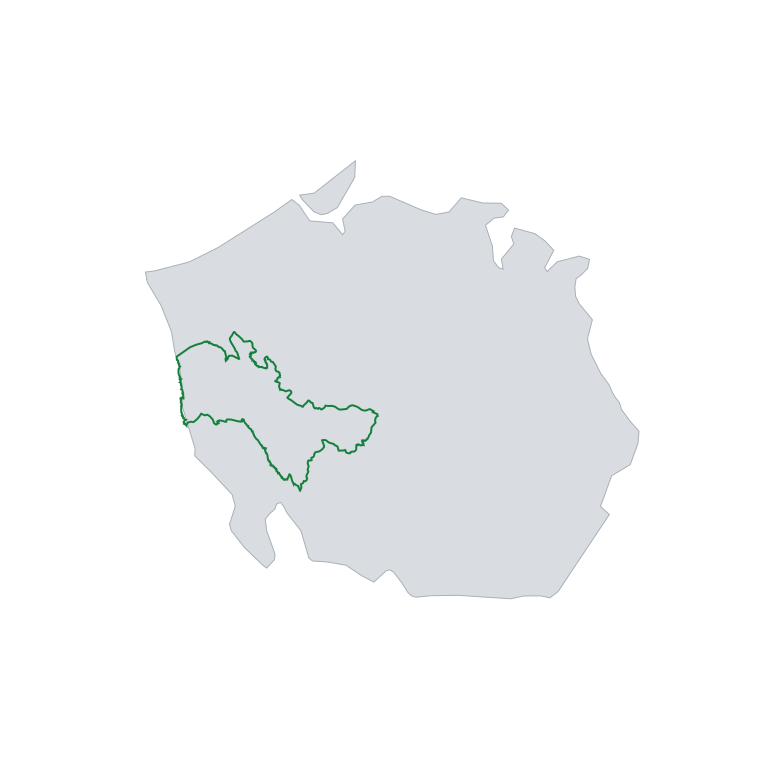 location of Kenema, Eastern, Sierra Leone, rotated 124°
{"feature_id": "65957751B6503620183485", "entity_name": "Kenema", "entity_type": "district", "adm_level": 2, "iso_a3": "SLE", "parent_name": "Sierra Leone", "parent_adm1": "Eastern", "projection": "natural_earth1", "projection_center": [-11.159, 7.947], "detail": "fine", "context": "in_parent", "style": "outline", "palette": "green", "viewbox_px": 768, "rotation_deg": 124, "n_neighbors": 0, "source": "geoboundaries", "source_scale": "gbopen_adm2", "svg_char_len": 7741}
<svg xmlns="http://www.w3.org/2000/svg" viewBox="0 0 768 768"><g transform="rotate(124 384 384)"><path d="M602.2,378.4L601.9,383.6L597.7,407.8L591.1,428.5L586.8,433.6L568.4,439.0L560.5,448.2L553.8,477.6L549.4,500.7L543.1,504.6L516.0,538.0L498.2,550.6L485.9,561.5L474.1,575.7L459.4,589.5L443.6,612.7L432.2,636.9L424.6,644.4L418.7,637.6L391.7,613.7L363.3,597.7L302.7,571.1L282.6,563.6L283.3,554.1L290.3,536.8L279.0,516.5L283.4,501.7L279.0,501.7L270.3,510.6L251.8,508.0L239.6,495.4L229.6,490.7L225.2,484.3L218.9,450.8L214.3,435.7L205.0,426.3L186.4,424.0L178.8,403.5L168.5,387.7L170.2,378.0L178.6,378.5L185.2,385.6L195.7,388.6L208.9,371.4L220.7,362.1L223.5,354.0L222.1,349.5L214.9,356.5L195.3,354.7L190.5,360.9L181.7,362.9L175.0,342.9L175.3,331.0L178.2,318.0L197.9,315.8L199.5,311.6L185.9,308.8L168.8,293.7L165.8,283.3L174.3,279.8L182.4,281.3L189.4,283.6L197.0,279.9L204.2,274.1L208.4,266.8L214.2,247.2L232.8,240.6L243.7,228.6L254.1,210.0L258.8,196.9L263.1,190.3L265.8,184.7L267.8,178.5L272.4,172.7L277.3,158.9L280.6,146.2L291.3,140.2L313.1,134.8L332.7,144.0L364.5,136.0L366.2,124.2L395.3,124.0L429.8,123.8L458.6,123.6L468.4,126.8L472.0,135.6L481.5,149.5L491.3,159.0L503.6,180.1L517.8,204.5L533.2,226.6L543.1,238.6L544.2,242.8L543.5,247.6L538.6,258.8L534.5,271.0L534.9,275.5L537.8,277.8L553.9,281.6L555.4,295.2L555.4,313.9L563.2,331.4L570.7,344.3L570.3,348.9L552.1,370.8L545.1,392.6L541.5,398.8L540.0,403.6L543.7,405.9L548.6,404.5L555.7,406.3L562.4,406.9L571.3,399.1L586.1,379.1L591.1,376.6L602.2,378.4ZM276.7,555.1L274.6,559.5L264.9,548.7L214.9,532.5L229.1,523.8L263.8,521.3L274.1,526.3L278.7,530.5L280.4,538.5L276.7,555.1Z" fill="#d9dde1" stroke="#a8b0b8" stroke-width="1"/><path d="M477.4,571.2L479.8,569.2L479.6,568.5L480.1,567.4L481.7,566.3L481.8,565.1L482.6,564.9L483.2,564.2L483.5,562.9L484.2,563.1L485.1,562.5L486.4,562.7L489.7,560.7L491.6,558.4L492.2,557.0L492.9,557.1L493.4,556.7L493.3,555.1L494.4,555.6L494.4,554.8L496.2,554.0L496.8,554.2L496.8,553.1L497.6,552.0L498.4,551.9L499.1,550.6L500.9,549.2L501.8,549.2L501.6,548.2L502.8,546.6L503.8,546.2L503.9,545.5L504.5,545.6L504.5,545.1L506.1,543.7L506.9,543.3L507.7,542.3L508.0,542.2L508.0,542.8L508.7,543.3L508.5,544.1L508.7,544.4L509.6,544.8L510.4,543.6L510.9,543.7L511.7,542.7L513.2,542.0L513.4,541.1L514.2,540.2L514.7,539.9L515.7,540.0L516.2,539.2L517.4,538.7L520.9,536.1L521.0,535.5L521.8,534.9L522.3,533.7L523.3,533.9L523.7,532.7L523.5,532.3L524.5,531.4L524.0,531.0L524.1,530.7L525.2,529.2L524.7,528.4L527.1,529.0L527.8,528.6L528.3,527.3L528.8,527.4L528.7,526.1L528.3,526.2L528.8,524.7L528.2,525.1L526.6,524.9L525.8,525.2L523.4,523.2L522.4,521.1L521.5,520.4L517.6,519.3L514.3,518.9L510.9,518.9L510.1,514.9L508.9,514.0L508.2,513.1L508.2,510.1L509.2,506.1L511.6,502.8L511.5,500.5L510.9,500.1L510.5,500.2L509.9,499.7L509.4,499.8L509.0,499.3L508.6,500.2L508.6,500.9L507.6,500.3L507.4,500.7L506.9,500.0L506.3,500.2L505.2,498.1L504.1,494.6L503.5,493.7L501.9,494.5L500.9,494.0L498.9,490.7L496.6,484.3L495.0,481.2L494.6,480.8L494.2,480.8L493.9,481.6L492.9,482.0L492.4,481.8L492.0,481.1L492.0,480.4L493.3,478.8L494.1,477.2L494.4,475.3L494.9,474.8L495.0,474.1L494.7,473.1L495.8,472.3L496.0,469.7L495.8,469.1L496.9,467.3L496.6,466.4L496.9,466.1L497.4,466.2L498.5,463.8L499.1,463.5L500.0,461.6L501.1,458.7L500.9,457.7L502.2,454.5L502.6,454.0L503.6,451.1L503.3,450.9L504.8,448.7L503.9,448.2L503.8,447.5L504.5,446.9L503.5,446.0L504.0,445.7L505.4,445.5L506.2,444.9L506.9,443.2L507.3,443.0L507.1,442.5L507.9,441.2L511.8,437.6L512.1,436.8L511.7,436.1L512.2,435.4L512.7,435.3L513.0,433.7L513.3,433.7L514.0,432.6L514.4,432.7L514.2,432.1L514.6,431.8L514.4,431.4L514.6,431.3L514.4,430.9L513.8,430.6L514.3,429.6L514.1,429.5L514.1,428.8L514.5,428.4L514.4,427.9L514.8,427.6L514.9,427.0L514.4,426.2L514.7,425.5L515.1,425.6L515.1,425.2L516.0,424.4L516.3,424.5L516.5,424.0L516.4,422.8L517.0,422.2L516.6,421.5L517.0,421.4L516.7,421.1L517.2,419.8L517.7,419.1L517.9,417.7L518.9,416.6L518.5,416.3L518.8,416.1L518.7,415.5L519.3,414.1L518.9,414.0L519.0,412.7L518.8,412.4L518.2,412.5L518.0,412.3L517.3,410.7L515.7,411.3L515.2,411.0L514.4,411.4L512.9,411.5L512.3,411.9L511.8,411.9L511.8,411.1L512.7,409.3L515.3,406.5L517.3,403.3L516.9,403.5L516.7,402.4L517.0,400.1L516.5,398.3L516.6,397.8L517.7,396.9L518.0,395.7L519.1,394.6L519.3,394.0L517.1,394.3L515.3,395.1L513.6,396.8L511.2,395.7L509.3,396.2L508.7,394.9L507.2,394.4L505.8,394.7L505.2,394.9L504.5,396.3L503.1,397.1L498.9,397.7L498.1,399.2L494.5,400.4L492.3,403.0L490.2,403.9L489.5,403.8L488.6,402.2L487.7,401.4L485.7,402.9L484.7,402.1L483.6,401.8L482.4,401.8L481.2,402.7L478.9,402.7L476.1,400.0L473.4,398.9L471.3,398.5L469.6,398.5L468.5,399.4L465.3,403.8L463.7,402.2L463.1,400.4L463.4,397.1L461.8,391.9L462.3,390.6L461.9,389.0L461.9,387.5L464.6,384.3L461.7,380.3L460.4,379.2L461.8,377.3L461.7,375.7L460.7,373.8L460.4,373.4L459.8,373.3L459.3,373.6L458.1,372.9L456.8,371.0L455.0,370.4L453.4,370.6L451.3,372.1L449.9,372.8L448.9,372.1L449.1,371.5L448.4,371.5L447.8,368.7L446.8,368.0L446.3,367.1L446.0,367.8L445.7,367.8L445.3,367.3L445.1,367.4L445.1,368.4L444.3,368.7L444.3,369.6L443.1,370.6L442.0,369.4L442.3,368.9L441.9,367.9L440.3,367.3L439.9,367.6L439.1,367.0L438.6,367.3L438.2,367.0L437.3,367.0L435.1,367.6L431.6,367.6L426.8,370.1L420.9,369.4L419.5,370.8L417.1,371.9L414.9,371.9L414.1,371.3L412.7,372.7L413.2,375.2L412.9,377.1L413.7,377.2L413.7,377.6L412.3,377.8L412.6,378.9L412.6,381.3L413.4,382.3L415.5,383.7L416.7,384.9L417.9,387.6L417.8,393.1L419.0,397.7L419.6,398.7L422.0,400.3L425.6,401.1L428.9,404.9L430.3,407.2L430.2,411.9L431.3,415.0L433.4,417.9L434.7,420.4L436.2,420.2L437.7,420.4L440.2,421.7L440.0,423.8L440.4,424.6L441.5,424.8L441.7,426.7L442.8,427.4L442.7,428.7L442.0,430.0L440.8,431.1L439.7,432.7L440.3,434.1L439.8,435.2L440.0,435.6L439.7,437.0L440.3,437.7L442.4,437.6L446.4,438.6L448.1,438.5L448.6,439.3L448.4,440.2L449.7,444.3L449.4,451.4L449.2,452.7L449.6,453.6L449.5,456.1L449.2,456.5L443.4,455.8L442.4,456.4L442.0,457.4L442.0,458.6L442.7,459.6L445.0,461.3L445.5,464.4L446.0,465.0L445.9,466.0L446.4,466.6L446.9,466.8L444.7,469.7L441.6,470.9L441.6,472.6L442.4,474.5L442.5,475.6L442.0,475.7L441.6,474.9L440.3,475.2L439.1,475.1L438.4,475.6L437.7,475.3L436.6,474.1L436.1,474.8L435.0,474.9L434.7,475.6L433.4,476.5L433.0,477.4L433.2,477.8L433.0,478.6L433.5,479.9L433.3,481.3L432.5,482.3L430.0,483.5L427.9,488.4L428.6,490.2L427.8,491.4L427.7,492.9L428.3,494.0L426.9,495.4L426.7,496.3L427.4,496.8L429.0,497.3L430.2,497.0L430.2,496.4L430.6,496.2L430.4,495.9L430.8,495.3L431.9,494.9L432.0,494.0L432.8,493.1L432.8,492.3L434.5,490.8L435.8,490.1L436.5,490.0L436.8,491.0L437.3,491.1L438.0,493.2L438.1,494.8L438.8,495.3L439.5,497.2L440.0,497.3L439.9,497.9L439.5,498.3L439.6,498.9L440.0,499.1L439.7,501.6L438.6,501.5L438.0,502.4L438.5,502.9L437.8,503.2L438.3,504.2L437.7,504.6L437.5,505.2L438.2,506.2L437.7,506.3L437.1,507.0L437.2,508.5L436.9,508.7L436.5,510.4L435.8,510.0L435.5,510.6L434.6,510.6L434.3,511.9L433.2,511.7L433.2,511.0L432.5,511.5L432.5,511.9L432.2,511.9L431.8,510.6L431.2,510.4L431.1,509.5L430.1,509.3L429.5,508.4L428.2,508.5L427.5,509.7L427.4,512.2L427.0,513.1L426.0,514.3L424.2,515.6L423.5,516.7L423.2,518.9L423.7,519.9L424.9,520.8L427.3,524.1L426.3,526.6L425.5,531.2L425.4,534.2L424.5,537.0L425.0,537.5L425.6,537.5L429.3,537.2L431.9,537.4L433.0,537.0L434.9,534.4L437.9,527.9L439.5,525.5L439.7,524.1L440.4,522.8L444.1,518.2L444.4,518.4L445.3,525.5L447.0,528.0L447.6,528.3L451.1,527.6L453.2,528.1L451.6,529.6L450.1,529.5L445.7,534.5L446.1,535.4L445.2,537.9L445.0,540.0L445.8,541.9L445.4,543.8L446.1,544.8L445.9,545.2L447.1,547.4L446.8,548.7L447.6,551.1L446.8,551.9L447.2,552.6L447.7,552.6L447.4,553.1L447.5,554.4L448.5,554.6L448.8,556.0L452.2,558.0L456.5,561.7L461.9,565.3L477.4,571.2Z" fill="none" stroke="#15803d" stroke-width="2"/></g></svg>